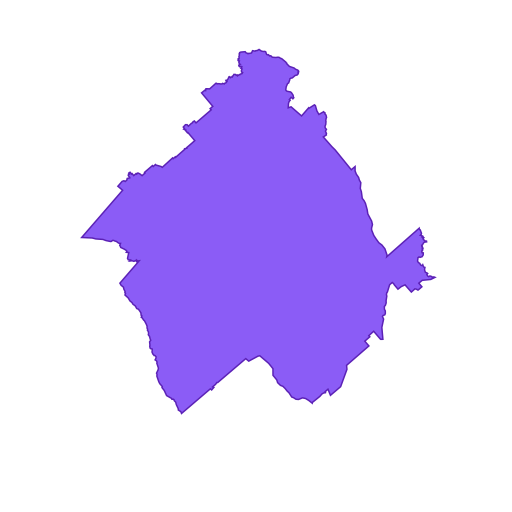 Ararat, Victoria, Australia, rotated 311°
{"feature_id": "25037944B36221284354416", "entity_name": "Ararat", "entity_type": "district", "adm_level": 2, "iso_a3": "AUS", "parent_name": "Australia", "parent_adm1": "Victoria", "projection": "robinson", "projection_center": [143.025, -37.489], "detail": "fine", "context": "isolated", "style": "filled", "palette": "violet", "viewbox_px": 512, "rotation_deg": 311, "n_neighbors": 0, "source": "geoboundaries", "source_scale": "gbopen_adm2", "svg_char_len": 6154}
<svg xmlns="http://www.w3.org/2000/svg" viewBox="0 0 512 512"><g transform="rotate(311 256 256)"><path d="M360.1,112.4L351.8,111.4L349.4,108.5L348.0,109.3L348.1,108.7L343.4,107.9L340.6,125.2L337.1,124.7L336.9,126.3L317.1,123.4L317.5,120.9L316.1,120.4L314.7,120.6L313.7,120.2L309.6,119.8L309.9,117.8L308.8,116.6L305.6,116.5L305.3,118.3L304.3,118.2L304.8,119.9L304.6,119.8L304.0,123.5L304.5,123.6L302.9,134.1L292.4,132.6L292.0,133.1L290.5,132.0L290.5,132.3L277.7,130.6L277.9,130.0L275.1,129.6L275.3,128.7L261.4,127.1L261.3,125.7L259.0,120.8L259.1,120.1L256.1,119.7L256.3,118.5L246.0,117.0L245.8,117.8L241.9,117.3L241.8,114.6L241.2,112.4L239.5,112.2L239.6,111.4L236.5,111.0L236.9,108.4L236.2,108.3L236.6,106.0L235.8,105.7L235.2,105.6L234.7,106.7L234.1,106.1L232.9,106.8L232.5,109.1L232.2,109.5L230.0,107.9L228.6,108.7L226.4,108.4L226.2,107.0L224.5,106.0L218.0,106.0L218.1,112.2L155.6,112.3L162.1,120.5L163.8,123.9L168.1,129.6L169.2,132.6L171.5,136.7L172.2,137.3L173.6,137.5L174.4,138.4L174.7,139.7L175.5,141.3L175.4,142.4L175.8,144.6L176.6,145.5L174.5,146.3L174.4,147.1L173.7,148.3L174.8,152.3L175.1,154.7L174.8,155.5L173.7,155.7L175.1,157.7L169.9,160.6L169.3,162.2L170.9,164.1L170.7,164.5L169.7,164.3L171.1,165.6L171.9,167.4L174.1,168.3L173.5,169.0L173.4,170.0L173.8,170.1L174.6,169.2L174.6,169.9L175.8,171.0L146.2,171.1L145.4,173.4L145.5,176.5L144.4,177.8L143.3,180.5L142.3,181.1L142.2,182.0L140.6,182.7L140.5,187.1L139.4,190.3L139.5,193.0L138.9,194.6L139.1,197.8L138.1,200.4L138.7,202.2L138.2,204.3L137.6,206.4L135.9,208.2L135.9,209.2L134.5,209.6L134.7,210.3L133.9,213.4L134.0,214.2L132.6,217.8L131.6,219.8L130.1,221.1L129.7,222.2L128.7,222.8L128.3,224.4L127.0,225.8L125.9,226.4L125.5,228.3L123.8,230.8L123.4,231.8L121.4,232.0L119.1,234.5L118.3,234.9L117.0,236.5L117.0,237.5L117.7,238.5L117.1,239.3L115.3,240.5L114.3,242.6L114.3,243.9L114.0,244.3L114.6,245.3L114.4,246.7L113.3,247.5L111.4,248.0L111.6,249.4L111.4,250.2L110.8,251.1L110.0,251.5L107.4,255.9L105.8,256.8L102.3,257.8L101.7,259.0L100.3,260.0L97.3,265.2L96.5,267.2L96.0,270.9L95.0,271.4L94.3,275.0L92.0,280.1L93.1,285.6L92.7,286.5L93.7,287.6L93.8,288.3L93.2,289.1L93.0,291.3L91.6,293.3L89.7,297.6L88.8,298.4L89.2,301.4L88.3,303.1L125.8,308.7L125.8,310.4L129.1,310.4L128.7,309.1L132.6,309.7L134.8,309.4L135.3,310.1L171.8,315.6L171.9,319.5L181.7,323.2L183.2,324.3L183.3,336.0L182.1,342.7L177.1,347.1L176.1,353.0L174.6,355.4L174.4,359.3L175.3,361.8L175.1,364.9L174.5,368.1L174.4,370.7L173.0,375.5L173.7,377.3L174.1,380.1L175.6,382.2L179.5,384.2L181.0,387.0L181.6,390.6L181.8,395.0L182.4,394.6L191.9,396.3L195.2,396.3L197.0,396.9L198.4,398.1L198.9,397.8L199.0,397.2L202.7,397.7L199.7,403.6L212.9,405.6L230.1,399.0L232.9,396.1L262.2,400.2L263.1,394.0L269.7,394.9L269.9,393.4L276.4,394.2L274.9,404.3L275.0,404.9L276.4,406.4L284.7,397.8L292.1,393.7L293.3,391.1L294.4,390.9L296.1,391.8L297.5,391.3L299.4,389.6L300.1,387.8L302.1,386.0L303.7,386.0L306.0,385.0L307.6,383.5L311.6,381.0L312.3,379.9L314.0,378.8L315.0,378.8L322.0,375.7L325.4,376.2L325.4,378.1L325.0,379.2L324.1,384.9L328.2,385.7L332.0,387.4L330.7,396.9L335.5,397.5L336.4,399.3L336.3,400.1L336.7,400.7L341.6,401.4L342.3,396.7L346.7,397.4L353.0,403.3L357.3,405.1L356.9,403.9L356.1,404.0L355.5,403.2L355.9,402.4L355.4,401.1L355.0,400.3L353.7,399.9L353.5,398.6L354.2,397.0L355.4,397.1L355.4,396.0L354.8,394.6L355.8,392.8L356.6,391.9L358.2,391.0L357.8,390.3L357.9,389.2L358.8,387.6L358.1,387.7L357.4,387.1L357.3,385.9L357.9,384.4L357.6,382.9L358.1,381.3L361.1,379.3L362.3,379.7L362.6,380.7L364.4,381.8L366.5,381.5L368.1,380.2L367.4,379.2L368.4,377.9L369.3,378.1L369.5,377.6L370.2,377.6L370.4,376.7L371.5,376.9L371.7,375.4L372.2,375.3L372.2,374.6L372.8,374.0L373.2,374.4L375.7,373.9L376.9,374.0L378.6,375.5L379.1,374.9L378.4,374.1L378.2,372.5L378.5,371.6L378.4,371.0L378.6,370.7L379.7,370.6L379.3,370.1L379.2,368.7L379.5,368.7L380.2,369.4L380.4,369.1L380.0,367.2L379.5,366.4L380.8,366.4L381.7,366.0L383.4,362.9L383.5,361.4L384.0,360.9L341.2,355.2L342.6,354.4L346.0,348.6L346.9,343.8L346.6,340.0L347.7,335.3L348.8,331.4L351.5,326.2L352.9,324.9L356.1,323.3L358.2,320.4L361.1,312.8L363.9,309.5L367.5,304.1L368.6,301.4L369.2,298.4L373.6,293.4L375.4,290.4L380.1,287.0L381.1,284.2L382.6,281.9L383.6,278.0L385.2,275.0L388.5,272.1L383.6,271.3L388.0,246.1L388.3,241.5L390.0,228.7L393.5,229.7L394.3,228.8L394.7,228.8L395.8,226.5L397.8,226.1L398.1,224.1L399.2,223.0L401.1,222.3L403.5,220.5L403.7,220.0L405.9,218.6L406.8,218.4L408.3,216.4L408.4,215.0L409.3,214.2L409.0,213.2L409.3,212.4L404.1,210.6L405.5,206.7L408.5,202.1L408.4,200.9L402.1,199.0L402.3,198.5L391.6,198.5L391.6,184.6L389.0,183.1L392.5,180.4L394.2,179.7L396.0,179.6L396.0,178.5L398.8,178.4L398.8,180.7L400.2,180.7L400.2,180.3L401.7,178.5L402.5,175.7L402.5,174.5L400.7,171.3L400.6,170.2L401.0,169.4L403.5,167.8L406.8,166.7L408.0,167.1L411.1,165.9L411.9,165.3L412.8,165.5L414.3,166.6L417.9,167.1L419.6,168.3L421.2,168.3L422.8,167.4L422.3,167.2L423.6,166.3L423.7,165.5L422.9,163.3L422.9,161.5L421.0,156.8L421.3,153.1L421.7,152.7L421.6,152.0L421.9,151.4L421.8,145.8L421.4,145.3L421.1,143.2L420.5,142.2L418.8,140.7L416.8,138.0L416.7,136.9L416.9,136.4L416.6,135.5L415.9,135.0L416.1,133.4L415.7,133.3L415.1,131.8L416.5,129.3L416.2,128.4L415.2,127.4L414.2,125.7L413.9,122.8L411.8,122.1L410.8,121.1L410.0,120.9L408.7,118.7L406.3,119.4L404.9,118.4L403.8,117.2L403.4,117.2L403.3,116.4L402.8,115.3L403.1,113.8L399.9,110.7L398.8,110.2L398.4,110.6L397.4,110.7L396.9,111.6L395.4,112.2L394.3,113.5L393.1,113.2L392.8,114.1L392.0,113.9L391.7,114.8L392.2,115.5L390.6,116.3L390.2,117.6L390.3,118.3L388.7,117.8L388.1,118.8L388.2,119.7L389.1,120.1L389.6,121.1L388.8,121.5L387.8,121.4L388.0,122.7L386.2,123.4L385.4,124.4L385.7,125.5L384.5,125.8L382.9,124.8L382.3,124.9L381.9,124.4L380.8,124.2L380.7,123.8L379.9,123.8L380.2,122.9L379.4,122.6L379.6,121.5L378.6,120.2L376.8,120.5L376.3,120.2L375.6,120.7L374.8,119.8L373.9,119.8L373.9,118.5L373.4,118.6L373.3,118.1L371.0,118.8L369.8,118.8L369.0,118.2L368.9,118.7L368.5,118.6L368.6,119.6L367.0,119.7L365.7,119.0L365.1,119.2L364.3,117.5L363.9,117.6L362.9,116.8L361.7,114.9L360.3,113.6L360.5,113.0L360.1,112.4Z" fill="#8b5cf6" stroke="#5b21b6" stroke-width="1.5"/></g></svg>